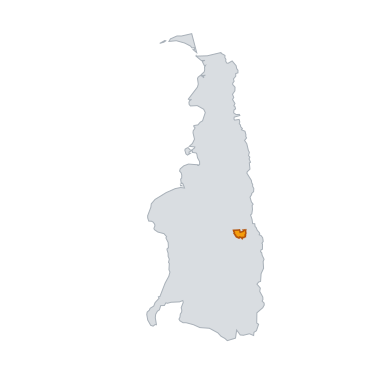 Lavalle, Mendoza, Argentina shown in context, rotated 165°
{"feature_id": "61730980B15586340414503", "entity_name": "Lavalle", "entity_type": "district", "adm_level": 2, "iso_a3": "ARG", "parent_name": "Argentina", "parent_adm1": "Mendoza", "projection": "natural_earth1", "projection_center": [-67.695, -32.596], "detail": "fine", "context": "in_parent", "style": "filled", "palette": "amber", "viewbox_px": 384, "rotation_deg": 165, "n_neighbors": 0, "source": "geoboundaries", "source_scale": "gbopen_adm2", "svg_char_len": 5342}
<svg xmlns="http://www.w3.org/2000/svg" viewBox="0 0 384 384"><g transform="rotate(165 192 192)"><path d="M236.2,116.6L234.0,120.4L234.4,122.9L232.4,128.9L232.9,130.1L231.3,133.0L231.7,136.1L230.9,139.0L231.1,142.8L230.5,143.9L229.2,144.2L228.1,149.4L229.1,154.4L228.1,155.4L229.8,159.0L235.4,162.2L238.1,165.4L238.2,166.8L236.6,168.8L236.4,170.5L237.2,172.8L238.6,174.2L241.3,175.1L241.5,178.4L241.0,180.5L235.7,187.9L234.4,191.1L229.6,194.4L217.1,198.1L207.4,199.6L201.9,199.3L198.2,197.8L198.5,201.9L200.2,203.2L199.3,203.2L200.1,204.0L199.6,207.4L198.4,208.1L197.5,210.9L197.5,213.3L198.6,215.4L197.4,217.4L193.2,219.4L188.2,219.9L179.1,216.7L179.5,216.1L179.0,215.9L177.5,216.6L176.8,219.4L177.8,223.7L177.5,227.5L178.0,228.7L181.3,230.1L181.0,231.6L182.2,231.8L184.5,231.4L184.8,230.2L183.6,229.8L186.8,228.8L188.0,230.4L188.1,234.2L187.5,235.2L185.0,235.9L184.2,235.8L182.9,233.1L181.6,232.5L178.1,233.9L177.6,234.8L182.8,236.8L179.0,238.8L175.9,242.4L175.7,248.9L175.0,250.8L172.9,252.5L172.5,253.7L173.3,254.5L173.0,255.7L168.9,255.3L166.0,257.3L163.4,258.0L158.6,265.3L159.3,268.9L164.6,274.1L171.2,275.5L172.1,277.2L171.8,279.3L171.0,280.5L168.5,281.6L170.6,281.6L171.5,282.7L159.6,291.9L158.0,294.6L157.3,300.2L156.4,301.3L153.9,302.4L152.3,301.3L151.0,299.2L151.1,300.9L148.8,301.5L151.5,301.6L152.8,302.9L149.1,304.9L148.1,306.8L147.6,309.3L146.2,310.8L147.3,310.5L148.3,315.5L145.5,315.8L149.0,316.6L153.0,322.3L152.7,322.7L152.6,322.1L142.0,319.6L127.9,319.2L128.0,318.5L124.8,315.4L125.5,313.2L124.9,311.4L125.6,309.7L125.1,307.6L123.9,307.0L119.3,308.2L116.7,302.6L116.9,299.6L116.1,297.7L116.8,295.2L119.1,295.1L119.8,292.5L122.7,290.5L122.7,288.0L124.5,286.6L124.9,285.3L123.3,282.1L124.4,278.6L127.6,275.9L127.2,272.5L128.9,270.9L127.6,266.3L129.3,264.4L128.4,263.4L128.4,261.0L130.2,260.4L131.3,257.7L129.4,255.4L126.2,254.7L126.0,253.5L131.9,253.4L132.6,251.5L132.2,250.4L127.7,249.9L127.7,247.3L128.7,245.7L127.8,244.1L128.1,242.5L126.9,240.3L128.1,239.3L125.1,237.0L125.1,233.1L125.7,232.1L125.3,230.1L127.9,228.2L126.6,224.5L126.8,217.4L126.3,215.5L128.0,212.6L127.1,210.7L128.3,209.2L127.8,205.6L129.1,205.3L130.1,199.1L133.5,197.2L134.1,195.9L131.7,188.0L131.9,185.1L131.4,183.7L132.0,181.9L131.4,179.4L132.4,176.4L134.8,175.1L135.0,174.1L137.3,172.0L137.2,167.0L136.1,164.4L137.4,163.4L138.1,159.5L139.9,155.4L141.4,154.7L141.1,150.1L141.6,145.8L139.6,145.1L140.0,142.1L139.3,141.3L138.9,138.2L137.5,135.4L137.4,134.1L138.2,133.3L136.7,132.2L135.6,129.7L135.8,127.3L136.1,125.7L137.7,124.5L137.4,123.4L138.8,118.5L140.4,118.2L141.3,116.5L140.4,115.6L140.6,112.6L139.8,108.4L141.3,106.4L142.6,99.8L146.4,95.2L148.9,87.9L150.9,87.8L153.1,86.2L150.9,81.5L152.3,78.5L150.8,72.2L151.3,69.8L152.5,68.5L151.1,66.1L151.5,64.1L153.6,61.9L160.6,58.5L163.4,48.7L161.9,47.0L165.7,41.3L168.5,40.4L169.6,37.4L173.2,40.2L179.3,40.3L182.4,41.4L184.6,47.1L187.8,39.6L196.4,39.3L198.1,42.0L201.3,45.1L203.5,49.3L210.5,55.9L219.5,59.0L225.0,63.5L231.4,67.2L234.5,68.1L237.0,70.7L237.5,72.6L236.0,74.2L234.9,77.1L233.1,78.7L232.4,80.6L232.4,83.0L229.0,87.7L229.0,89.5L232.5,89.1L240.7,90.9L244.7,90.9L245.9,91.7L248.1,89.5L251.6,90.4L254.0,86.6L256.3,85.8L258.8,83.2L260.0,80.0L260.7,73.0L262.0,73.5L264.3,72.5L266.4,73.9L267.9,79.8L267.4,85.4L266.4,87.6L263.8,88.9L262.5,90.5L258.5,91.7L256.3,94.7L251.3,97.9L251.6,99.5L250.0,99.4L241.5,111.0L236.2,116.6ZM151.3,345.0L151.4,325.4L154.1,329.2L152.8,329.0L152.4,330.8L154.7,331.2L155.8,333.5L160.7,337.9L168.0,342.2L175.3,343.4L173.2,345.5L166.1,346.6L161.8,345.4L151.3,345.0ZM178.2,344.8L180.4,344.0L184.7,343.9L179.0,345.4L178.2,344.8ZM201.4,200.9L201.3,201.8L200.0,200.5L201.4,200.9Z" fill="#d9dde1" stroke="#a8b0b8" stroke-width="1"/><path d="M157.4,143.3L161.9,144.3L161.9,144.2L161.9,143.9L161.9,143.7L161.9,143.4L161.9,143.2L161.7,142.9L161.7,142.7L161.7,142.4L161.5,142.2L161.5,141.9L161.7,141.7L161.8,141.7L161.9,141.4L161.9,141.2L161.9,140.9L162.0,140.9L161.9,140.6L161.8,140.4L161.7,140.2L161.5,139.9L161.5,139.7L161.4,139.7L161.4,139.4L161.3,139.2L161.2,139.1L161.3,139.0L161.3,138.9L161.2,138.9L161.0,138.7L161.1,138.4L161.0,138.2L161.0,137.9L160.9,137.8L160.9,137.7L160.9,137.4L160.8,137.2L160.7,137.0L160.5,136.9L160.4,136.9L160.2,136.9L159.9,136.8L159.9,136.7L159.7,136.6L159.6,136.4L159.6,136.2L159.4,136.0L159.3,135.9L159.2,135.8L159.1,136.0L158.9,136.0L158.7,136.0L158.6,135.9L158.6,136.0L158.4,136.0L158.2,135.9L158.0,136.0L158.0,135.9L157.9,135.9L157.8,136.0L157.7,136.0L157.7,135.9L157.4,135.9L157.2,135.9L156.9,135.9L156.7,135.7L156.5,135.4L156.4,135.4L156.2,135.4L156.1,135.2L156.1,134.9L155.9,134.9L155.9,134.7L155.7,134.6L155.4,134.5L155.4,134.4L155.3,134.5L155.3,134.4L155.3,134.5L155.2,134.5L155.2,134.4L155.1,134.5L154.9,134.6L154.7,134.7L154.5,134.8L154.4,134.8L154.2,134.8L153.9,134.8L153.9,134.7L153.7,134.6L153.2,135.0L152.0,135.0L152.0,136.0L151.6,136.2L151.7,136.4L151.7,136.5L151.7,136.8L151.7,137.0L151.5,137.3L151.2,137.3L151.1,137.5L150.9,137.7L150.8,137.8L150.7,138.2L150.5,139.1L150.4,139.4L150.4,139.5L150.5,139.9L150.5,140.1L150.2,140.8L150.4,140.7L150.3,141.1L150.2,141.3L150.4,141.5L150.5,141.6L150.6,141.8L150.9,141.7L151.0,141.6L152.1,141.9L152.0,141.7L152.1,141.4L152.3,141.3L152.4,141.2L152.5,141.2L152.8,140.9L153.0,140.8L153.0,140.7L155.9,140.6L155.9,143.1L157.4,143.3Z" fill="#f59e0b" stroke="#b45309" stroke-width="1.5"/></g></svg>